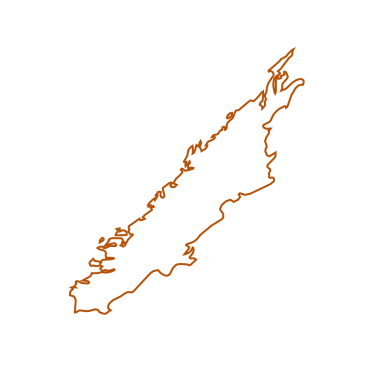 Uusimaa, Robinson projection, rotated 145°
{"feature_id": "FIN-3193", "entity_name": "Uusimaa", "entity_type": "Province", "adm_level": 1, "iso_a3": "FIN", "parent_name": "Finland", "parent_adm1": "", "projection": "robinson", "projection_center": [24.756, 60.321], "detail": "fine", "context": "isolated", "style": "outline", "palette": "amber", "viewbox_px": 384, "rotation_deg": 145, "n_neighbors": 0, "source": "natural_earth", "source_scale": "10m", "svg_char_len": 6042}
<svg xmlns="http://www.w3.org/2000/svg" viewBox="0 0 384 384"><g transform="rotate(145 192 192)"><path d="M357.0,160.5L349.3,170.1L348.5,173.9L351.2,177.5L349.7,179.3L348.1,180.6L345.6,180.6L345.0,181.1L345.7,183.0L344.7,182.7L343.8,182.2L342.0,180.6L342.1,181.9L341.8,182.6L339.2,183.3L338.9,184.9L338.4,185.3L336.7,184.5L334.4,180.7L333.6,179.8L329.6,176.7L328.3,176.7L328.1,178.1L329.4,179.7L332.2,182.2L323.7,181.3L322.9,181.4L321.1,182.7L320.4,183.0L319.7,182.2L316.1,179.8L312.0,178.2L308.7,175.3L305.8,173.8L302.7,172.8L300.1,172.7L300.1,173.5L305.0,175.0L307.9,177.8L310.2,178.7L310.8,179.7L311.2,181.8L310.5,182.4L308.2,182.4L308.7,183.8L309.7,184.7L313.1,186.2L315.6,188.9L316.8,189.2L317.4,189.9L317.2,191.2L316.7,192.6L315.9,193.2L311.3,194.0L311.2,191.4L307.4,187.7L308.1,186.2L307.0,186.2L305.6,187.4L304.8,187.7L303.7,187.5L297.6,183.7L295.7,182.8L293.4,182.2L296.6,185.0L298.5,186.3L300.2,186.9L299.3,189.3L297.3,191.7L297.2,193.2L298.0,195.0L300.6,198.0L301.5,200.3L299.6,200.2L298.3,199.8L295.9,197.9L296.6,197.1L295.2,195.8L289.8,194.8L287.0,192.4L285.5,191.6L284.2,192.4L284.8,194.5L288.0,196.0L294.1,197.9L288.0,199.6L288.0,200.3L286.3,200.8L283.9,200.0L276.7,194.8L276.2,194.0L276.3,192.4L277.0,191.4L278.0,190.8L276.2,190.1L276.1,189.2L281.1,189.2L279.8,186.8L277.8,186.6L271.9,189.6L265.0,190.9L265.1,191.6L266.4,192.1L266.9,193.3L266.8,194.9L266.4,196.4L264.7,197.3L264.3,199.2L263.7,199.8L263.0,200.2L250.3,200.3L250.5,198.6L249.3,197.8L246.0,197.1L246.7,199.6L243.9,200.2L235.5,200.3L235.0,200.4L234.9,200.9L234.9,202.2L234.5,202.8L231.8,201.8L231.7,202.7L235.0,204.1L236.1,205.0L235.3,205.4L234.1,205.4L235.5,206.6L233.7,207.4L228.3,208.3L226.3,208.2L226.9,206.6L223.0,208.1L222.1,209.1L223.8,209.8L223.3,210.5L221.8,210.4L220.4,211.5L218.7,211.1L217.6,209.8L218.7,208.9L219.7,207.3L220.1,205.5L219.5,204.2L217.6,204.0L216.4,205.5L214.3,211.0L213.4,212.0L205.7,212.4L203.8,211.9L202.8,210.6L206.1,209.9L206.0,207.8L203.6,206.1L200.4,206.6L202.2,209.8L197.3,212.1L192.6,212.6L188.9,213.5L188.3,214.0L188.1,214.9L188.5,216.3L188.1,216.8L186.8,216.9L186.2,215.9L185.5,213.6L184.5,212.8L179.0,210.8L177.6,210.5L177.1,210.9L178.2,212.1L179.6,212.9L180.9,213.3L181.5,213.8L180.6,215.3L179.5,216.1L177.0,217.0L176.4,218.4L182.5,216.8L182.0,217.9L181.2,218.7L179.4,220.0L181.2,220.8L181.2,221.5L175.1,224.4L171.6,227.8L169.8,228.9L167.8,229.4L165.1,229.5L165.9,227.9L168.5,224.1L169.5,223.1L167.8,223.0L165.6,224.4L161.4,227.9L160.8,225.9L159.2,226.6L157.3,228.1L155.8,228.8L156.4,226.8L157.4,226.0L158.7,225.4L159.9,224.3L160.1,223.5L160.2,221.3L160.8,220.0L156.5,219.7L154.3,220.2L152.7,221.5L154.0,222.4L150.4,223.9L149.2,223.9L146.0,223.1L143.5,222.9L141.9,223.5L141.9,224.5L144.1,225.5L142.4,226.2L140.9,225.9L138.0,224.7L137.2,224.8L133.7,226.1L132.9,226.1L131.8,225.5L130.1,227.4L128.5,227.2L127.8,226.0L129.3,224.7L129.3,223.9L127.7,224.1L126.7,224.8L125.0,227.1L123.6,228.0L122.2,228.5L116.1,229.3L109.5,233.6L106.9,232.3L92.1,233.6L91.0,233.1L90.0,231.6L89.1,231.1L88.0,231.1L82.0,232.3L78.2,233.5L76.1,233.6L77.1,231.8L81.0,227.2L82.3,226.2L84.9,225.7L86.2,225.1L86.4,224.3L85.8,223.3L85.6,222.3L85.9,221.2L86.7,220.0L83.4,220.7L82.4,221.2L81.7,222.1L81.2,223.3L80.6,224.3L78.3,225.2L77.6,227.9L77.0,229.1L76.2,229.8L74.2,230.8L70.2,235.0L66.7,237.6L58.6,240.6L57.3,242.0L57.2,244.2L58.2,246.1L59.9,246.5L59.8,247.4L44.4,249.1L43.3,249.8L37.7,249.1L35.7,249.4L33.9,250.1L28.5,250.9L27.0,250.7L28.6,249.9L30.9,247.2L32.3,246.5L35.9,246.1L48.7,242.0L52.4,241.7L51.8,239.1L52.2,238.3L54.3,238.5L57.3,238.4L59.6,237.7L61.5,236.0L63.8,233.4L65.2,230.9L66.8,227.4L67.4,225.0L65.9,225.9L59.8,234.6L57.4,236.8L55.7,236.8L56.2,235.2L55.3,234.6L54.3,234.4L53.4,234.5L52.5,235.2L52.7,236.0L49.2,235.2L48.2,236.4L47.9,237.5L47.3,237.6L46.6,236.8L46.4,235.5L47.4,231.5L48.9,230.5L55.7,228.8L57.0,227.5L59.2,224.7L60.7,223.9L55.9,222.7L47.0,224.0L42.8,223.9L40.6,223.3L38.7,222.5L37.2,221.3L36.7,219.6L37.3,218.2L39.4,216.2L40.1,216.8L43.7,218.2L47.8,217.6L55.0,214.3L64.3,207.6L65.6,207.0L66.8,207.2L66.2,208.6L67.6,209.4L73.0,210.1L77.1,209.7L81.5,208.4L86.4,205.5L88.4,205.0L94.4,205.9L95.5,205.7L96.3,204.0L95.9,202.8L94.6,201.0L91.1,198.8L92.4,198.3L94.1,198.4L94.5,197.0L95.5,195.9L99.3,194.4L103.0,191.8L103.8,188.9L105.0,185.9L106.7,185.3L108.6,183.3L109.3,180.4L109.3,178.6L108.1,176.8L100.9,176.5L102.7,173.8L104.9,172.6L114.6,170.8L115.8,169.6L115.6,167.7L115.0,166.1L115.5,164.5L116.6,164.2L118.4,162.9L120.3,159.8L119.6,158.5L118.5,158.2L117.3,157.2L117.3,155.7L118.8,153.9L123.3,153.5L145.3,157.2L149.1,158.7L150.6,159.8L153.4,163.5L155.2,163.2L155.2,161.6L155.7,160.2L158.5,159.3L163.6,160.0L164.3,162.1L165.1,163.7L169.5,164.9L175.1,164.3L178.8,162.0L179.1,160.7L178.9,157.5L179.5,155.3L181.1,153.2L182.9,152.6L195.3,153.3L209.7,152.1L214.4,150.7L217.2,150.3L220.2,150.5L226.2,152.2L227.3,151.9L226.0,148.2L227.0,147.5L234.0,145.3L233.2,144.9L228.7,144.1L226.6,144.4L223.3,146.1L223.0,145.6L223.5,144.2L224.4,143.0L226.3,141.5L231.6,139.8L231.7,139.1L231.1,138.2L229.1,137.0L228.0,136.0L227.4,134.3L235.0,133.1L236.2,133.4L236.9,134.7L237.9,135.8L242.6,139.5L244.9,140.9L247.2,141.4L251.2,140.7L257.2,137.4L260.1,137.5L261.8,138.9L263.3,141.4L264.3,144.4L264.6,147.5L268.9,149.3L272.4,149.4L297.2,144.1L299.3,144.5L301.3,146.3L302.6,147.0L305.1,147.4L310.3,147.4L318.6,148.7L322.8,148.3L324.8,147.6L326.5,146.2L327.4,144.2L327.0,143.9L326.5,141.7L328.3,142.0L331.4,141.7L333.1,142.1L334.2,143.0L335.9,145.5L336.6,146.1L336.7,149.4L338.5,151.4L344.6,153.6L347.7,155.5L349.9,157.8L352.3,159.6L356.1,160.0L357.0,160.5ZM273.8,201.1L271.0,200.6L269.1,198.8L268.5,196.5L270.1,194.4L271.6,195.1L279.4,200.3L278.7,201.1L275.7,202.2L274.8,203.4L275.0,205.0L272.1,203.7L273.8,201.1ZM119.9,231.6L120.7,232.1L120.4,232.3L120.4,233.3L119.3,234.0L118.2,233.9L118.0,234.4L115.9,234.8L114.6,234.0L114.1,234.1L113.8,233.9L114.4,232.9L115.9,231.7L117.9,231.3L119.9,231.6ZM291.1,204.6L291.8,203.6L293.4,203.3L296.6,203.5L295.5,205.0L293.0,205.9L291.7,205.8L291.1,204.6Z" fill="none" stroke="#b45309" stroke-width="2"/></g></svg>